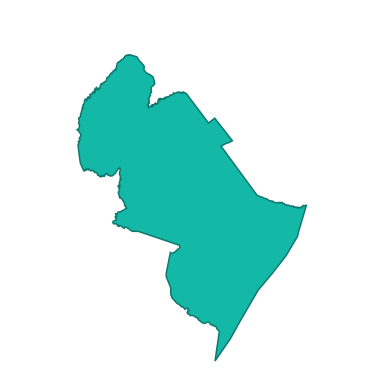 Petauke, Eastern, Zambia (Equal Earth projection), rotated 323°
{"feature_id": "96606910B40532044353326", "entity_name": "Petauke", "entity_type": "district", "adm_level": 2, "iso_a3": "ZMB", "parent_name": "Zambia", "parent_adm1": "Eastern", "projection": "equal_earth", "projection_center": [31.255, -14.345], "detail": "fine", "context": "isolated", "style": "filled", "palette": "teal", "viewbox_px": 384, "rotation_deg": 323, "n_neighbors": 0, "source": "geoboundaries", "source_scale": "gbopen_adm2", "svg_char_len": 5973}
<svg xmlns="http://www.w3.org/2000/svg" viewBox="0 0 384 384"><g transform="rotate(323 192 192)"><path d="M158.8,56.6L157.5,56.8L157.5,57.4L156.9,57.6L156.3,58.3L155.8,58.2L155.6,58.9L154.9,58.9L154.6,59.7L154.2,59.6L154.2,59.9L153.3,60.6L153.0,60.5L150.3,62.7L149.4,63.2L148.8,64.6L145.9,64.8L144.9,67.1L142.6,69.2L142.8,70.4L140.6,72.8L138.7,73.9L138.3,73.0L137.6,73.1L138.1,74.3L137.9,79.3L136.6,80.5L134.2,81.3L134.1,83.1L133.1,83.2L132.4,83.8L132.2,83.2L131.9,83.2L130.8,84.5L130.8,85.2L130.5,85.5L129.2,85.8L120.2,101.7L118.3,109.9L118.6,110.1L118.8,109.8L119.1,110.1L119.2,109.8L119.5,110.2L120.0,110.2L120.1,110.5L120.5,110.3L120.7,110.7L121.4,109.9L121.7,110.1L122.5,111.8L123.3,111.4L123.8,114.2L125.8,114.9L125.8,116.4L126.5,117.7L126.2,118.1L127.5,119.1L127.3,120.7L126.9,121.8L127.5,122.6L127.7,123.1L127.5,123.9L127.9,124.2L128.0,124.7L128.8,125.2L129.8,124.5L130.0,125.6L130.7,125.6L130.9,126.4L131.5,126.7L132.2,125.8L133.6,126.2L134.3,125.5L134.8,125.5L135.4,127.2L135.0,127.6L135.3,128.3L135.9,128.8L136.1,129.4L136.0,129.7L137.1,130.3L137.2,130.7L138.3,131.2L140.7,130.8L141.2,131.1L147.1,129.1L147.6,129.3L148.9,129.0L148.1,131.1L146.8,132.3L146.4,132.3L145.5,133.2L145.0,134.3L144.5,134.5L144.6,135.1L144.3,136.2L143.1,138.0L142.9,137.9L142.7,138.5L143.0,139.0L142.1,139.4L141.7,139.1L141.4,139.9L139.9,140.4L139.4,141.5L138.8,141.8L138.7,142.9L138.3,143.1L138.1,143.7L137.8,143.2L137.3,143.1L137.1,142.5L136.3,143.0L136.2,144.4L136.7,144.7L136.6,145.3L135.8,145.3L134.4,147.5L133.7,147.9L133.1,147.7L132.6,148.3L132.4,149.4L131.8,150.5L131.7,151.5L131.0,152.1L131.2,152.7L130.9,153.4L131.5,153.5L131.4,154.0L131.9,156.4L131.6,157.3L131.3,160.2L130.9,160.6L131.1,160.8L130.7,161.9L130.0,162.4L130.5,162.9L130.6,163.6L130.1,164.0L130.2,164.5L129.9,165.6L129.3,165.1L127.2,165.6L125.7,164.9L122.8,164.8L121.5,163.7L120.7,163.6L119.2,164.5L118.2,163.4L117.6,163.5L117.1,166.3L116.2,165.7L115.6,165.7L114.9,168.8L111.3,167.9L110.9,168.2L110.1,169.6L110.6,170.7L111.3,170.9L112.4,171.7L112.2,172.5L112.5,172.8L112.2,174.2L112.6,175.0L113.4,174.5L113.5,175.8L114.4,175.9L115.4,176.9L115.2,177.8L116.0,180.3L117.5,179.6L118.0,179.8L118.8,182.2L119.5,183.3L119.7,185.3L120.8,187.6L125.4,191.1L150.0,227.2L149.5,228.3L148.9,229.1L144.0,229.3L143.0,229.7L139.5,229.1L138.9,228.6L138.3,227.3L122.2,241.7L120.5,244.1L117.3,255.7L113.1,261.6L113.3,262.4L112.3,264.5L113.0,272.1L114.2,274.4L114.3,276.9L115.8,278.9L115.6,281.3L117.4,281.6L118.7,282.2L118.5,282.8L118.8,283.3L118.3,283.6L118.4,284.4L118.1,284.8L117.9,284.5L116.9,284.3L116.2,285.2L116.2,285.7L115.5,285.6L115.4,287.1L116.3,288.5L116.2,289.7L117.7,290.5L119.4,292.9L119.5,294.3L120.9,296.5L120.2,297.4L120.2,297.8L121.6,302.7L122.8,304.5L123.9,304.9L126.3,305.1L127.1,306.0L127.3,307.0L127.0,308.5L127.4,309.7L128.0,310.2L128.3,310.9L128.6,310.9L128.9,312.0L129.2,312.0L129.6,313.3L130.0,313.6L130.2,314.6L129.6,315.7L129.5,317.1L130.1,319.0L129.9,319.8L108.7,340.8L134.0,332.4L154.6,323.3L185.8,310.2L206.7,305.4L228.7,299.5L249.4,291.0L254.2,287.1L275.3,271.5L274.1,270.7L273.2,270.7L272.8,269.9L272.6,270.2L271.6,269.7L270.2,270.1L269.6,269.7L269.4,270.1L267.8,268.4L267.6,268.6L267.2,267.9L267.0,268.1L266.2,267.6L266.0,266.6L265.2,266.1L265.1,265.7L264.2,265.6L264.5,264.7L264.4,264.3L264.0,264.3L263.3,263.1L262.0,262.5L260.9,260.3L259.8,259.8L259.7,259.2L259.3,259.4L258.9,258.7L258.5,256.7L257.9,256.3L257.9,254.9L257.1,254.2L256.5,254.2L256.5,253.9L255.9,253.1L255.4,253.2L254.9,252.6L254.0,252.4L251.6,250.0L250.9,248.4L251.0,247.9L250.3,247.7L250.3,247.4L248.6,245.3L247.9,244.0L247.7,242.7L245.6,240.0L244.4,237.4L243.2,236.2L242.0,233.4L242.8,172.9L247.9,173.6L251.4,174.8L255.1,175.4L254.6,146.7L246.7,146.8L246.7,109.8L246.3,109.5L245.4,107.2L245.2,107.6L244.4,107.6L243.3,105.9L242.6,106.4L242.4,105.3L241.9,104.6L241.5,104.7L241.2,104.4L241.4,104.2L241.2,103.8L237.7,103.0L236.8,101.6L236.5,101.9L236.6,102.6L236.3,102.7L233.8,102.3L233.0,101.4L231.4,102.0L229.9,101.5L228.9,100.6L227.9,100.6L227.6,101.0L226.8,100.2L226.4,100.8L225.6,100.5L225.5,101.2L225.1,100.9L224.9,99.9L224.1,99.7L223.9,99.3L223.3,99.4L223.3,99.0L222.9,99.0L223.0,98.3L222.0,97.7L221.7,98.1L222.0,98.3L221.8,98.8L221.2,98.6L221.1,99.0L220.9,98.5L220.7,98.8L220.3,98.3L219.0,100.1L218.5,100.4L218.4,100.1L218.0,100.6L217.8,100.4L216.3,100.5L216.6,99.5L216.4,99.0L215.4,99.4L215.1,99.1L214.8,99.4L214.1,99.4L212.8,98.4L212.5,99.3L211.6,98.8L212.0,100.0L211.4,99.9L211.2,98.9L209.8,98.9L209.0,98.0L208.6,97.9L208.6,97.7L208.3,97.8L208.0,98.4L207.7,98.0L208.3,97.6L208.5,96.9L208.6,97.1L209.0,96.2L209.3,96.4L209.5,95.9L210.7,95.6L210.6,95.1L211.2,95.3L211.7,94.5L211.6,94.3L212.3,94.0L212.4,93.4L212.8,93.2L213.2,92.3L213.4,91.1L214.3,91.3L215.6,90.3L216.5,90.1L218.2,88.3L219.7,87.9L221.5,84.9L222.2,84.2L223.3,83.7L225.4,83.7L227.0,83.2L227.7,82.6L228.4,81.3L230.1,76.5L229.1,73.1L227.4,69.8L227.1,67.7L227.2,65.3L229.1,63.4L229.6,61.6L228.9,55.0L229.3,50.8L225.1,45.1L224.4,45.0L224.3,44.6L223.7,44.6L223.5,44.1L222.9,44.1L222.8,43.7L220.8,43.2L216.8,44.2L214.9,43.9L214.2,44.2L212.7,44.2L212.1,43.9L211.1,44.4L210.5,44.1L209.4,44.5L208.8,45.4L207.6,45.9L206.7,46.8L206.6,47.5L206.2,47.8L205.2,47.6L205.0,48.4L203.8,48.6L203.4,47.9L202.2,47.9L201.9,48.3L200.0,48.4L199.6,49.0L199.4,48.5L197.0,48.8L195.5,49.8L195.2,49.6L194.2,49.9L193.4,49.3L190.4,51.6L188.0,51.3L187.2,51.6L186.4,51.3L185.6,51.7L185.4,51.2L184.8,51.4L184.7,51.0L184.4,51.0L183.1,51.5L181.7,53.1L181.2,53.2L180.3,54.1L179.7,54.2L179.6,52.7L178.9,53.2L177.7,53.0L178.3,51.4L177.3,51.9L177.4,51.1L177.0,51.0L176.2,52.5L175.5,51.8L175.2,52.0L175.1,53.2L174.6,54.2L173.6,54.2L174.1,53.6L174.2,52.9L173.7,53.0L172.7,52.4L170.9,53.6L169.8,52.7L169.0,53.6L168.7,53.3L168.5,54.7L168.0,54.5L167.3,54.8L166.9,55.5L166.2,55.3L166.0,54.6L166.5,53.7L166.3,53.6L165.9,54.2L165.5,54.4L165.1,53.8L164.0,54.6L163.1,55.7L162.7,54.8L163.0,54.0L162.7,53.6L162.2,54.2L161.3,54.1L160.3,55.4L158.8,56.6Z" fill="#14b8a6" stroke="#0f766e" stroke-width="1.5"/></g></svg>